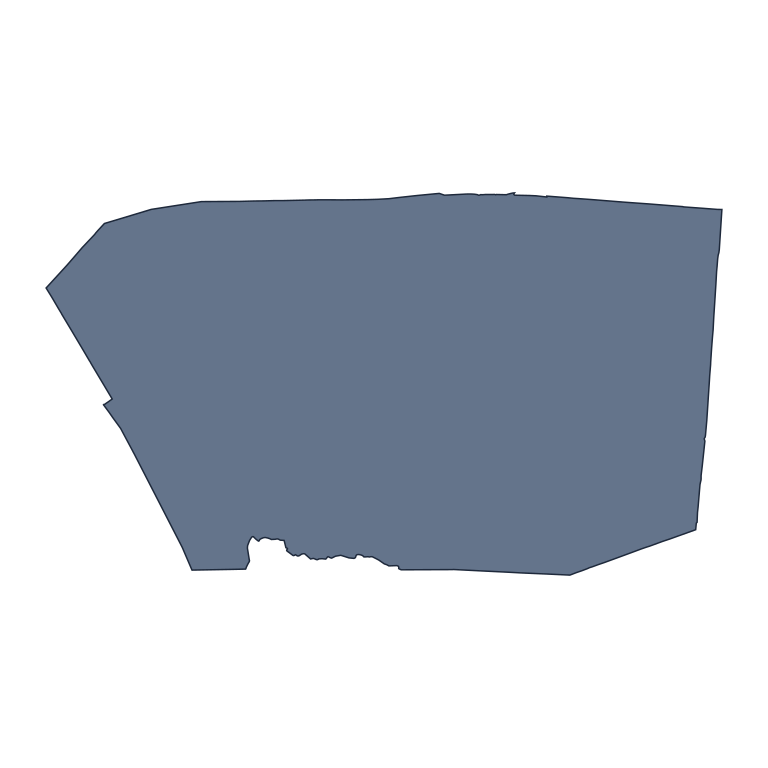 Melchor Ocampo, Nuevo León, Mexico (orthographic projection)
{"feature_id": "50627088B70877597446889", "entity_name": "Melchor Ocampo", "entity_type": "district", "adm_level": 2, "iso_a3": "MEX", "parent_name": "Mexico", "parent_adm1": "Nuevo León", "projection": "orthographic", "projection_center": [-99.496, 26.046], "detail": "fine", "context": "isolated", "style": "filled", "palette": "slate", "viewbox_px": 768, "rotation_deg": 0, "n_neighbors": 0, "source": "geoboundaries", "source_scale": "gbopen_adm2", "svg_char_len": 3511}
<svg xmlns="http://www.w3.org/2000/svg" viewBox="0 0 768 768"><path d="M465.5,194.1L444.5,195.2L439.3,193.4L417.2,195.5L399.8,197.4L388.9,198.7L378.0,199.3L367.7,199.6L342.3,199.9L329.2,199.8L318.5,199.8L315.5,199.9L307.1,200.0L305.7,200.1L283.0,200.6L274.7,200.6L264.0,200.9L254.7,201.0L239.6,201.4L201.4,201.6L151.2,209.4L104.4,223.5L98.1,230.3L95.9,232.8L94.6,234.5L82.3,247.5L74.9,256.1L66.9,265.3L46.1,288.0L51.8,297.2L58.6,308.8L61.5,313.6L61.7,314.1L71.4,330.3L83.4,350.5L89.5,360.9L90.0,361.5L90.7,362.9L92.5,366.0L112.2,399.0L108.3,401.8L105.8,403.5L105.2,404.0L104.4,404.4L103.9,404.4L103.5,404.8L109.0,412.2L112.9,417.8L120.6,428.4L133.1,451.8L133.3,452.3L133.8,453.1L165.3,514.4L182.3,547.5L191.9,569.9L192.0,570.1L231.7,569.4L245.6,569.1L246.0,568.3L246.3,567.3L247.5,564.8L248.7,562.5L249.1,562.0L249.5,560.8L249.2,559.3L247.4,548.1L247.6,545.6L248.4,543.5L249.6,540.4L251.1,538.0L252.1,536.8L252.8,536.6L253.4,536.7L254.0,537.3L255.6,538.9L257.7,540.6L258.5,541.1L258.9,541.0L259.3,540.6L259.5,539.9L260.0,539.3L260.9,538.8L261.7,538.4L263.2,537.8L264.2,537.6L265.2,537.5L266.2,537.7L267.7,538.0L268.9,538.4L270.0,538.8L271.4,539.5L272.7,539.4L275.1,539.3L277.1,538.9L278.6,539.2L279.7,539.9L280.5,540.2L284.1,540.4L285.3,545.2L285.9,547.7L286.8,548.1L287.4,548.4L287.5,548.7L287.4,549.1L286.7,550.0L286.7,550.6L287.2,551.2L288.9,552.4L292.9,555.4L293.6,555.6L294.6,555.3L295.3,554.7L295.8,554.9L297.3,555.9L298.2,556.0L299.3,555.7L301.5,554.2L302.9,553.8L304.0,553.7L304.8,553.9L310.6,559.0L312.8,558.5L313.8,558.5L315.4,559.2L316.4,559.6L317.3,559.7L318.3,559.3L319.0,558.9L322.0,558.7L323.9,558.9L324.8,559.0L325.6,559.1L326.0,558.9L326.7,558.0L327.5,557.0L327.9,556.7L328.3,556.7L329.8,557.5L331.3,558.1L331.9,558.0L335.5,556.2L340.8,555.3L349.0,557.9L354.0,558.4L355.3,557.7L355.6,557.1L356.2,555.3L357.0,554.7L358.4,554.5L360.0,554.7L361.4,555.1L362.6,555.6L363.9,556.9L365.5,556.9L366.8,556.8L368.1,556.7L369.2,557.0L370.8,556.7L372.2,556.7L375.6,558.4L378.7,560.0L384.3,563.9L386.7,564.7L388.9,565.9L396.8,565.6L397.4,565.8L398.0,566.0L398.5,566.6L398.8,567.2L398.7,568.0L398.7,568.5L399.1,568.9L401.2,569.8L452.3,569.6L453.4,569.5L457.3,569.7L487.3,571.2L507.9,572.2L520.8,572.9L536.9,573.6L546.5,574.0L569.9,575.1L576.4,572.6L581.7,570.8L587.5,568.6L589.4,567.7L592.3,566.8L598.6,564.5L604.2,562.6L611.0,560.1L617.3,557.8L632.0,552.4L641.4,548.9L646.3,547.2L649.5,546.2L662.6,541.4L669.8,539.0L695.7,529.7L696.3,523.1L697.1,522.3L697.2,519.6L697.5,512.5L698.1,507.0L700.0,484.5L700.7,481.3L701.0,480.1L701.1,478.8L701.1,476.9L701.1,475.6L702.3,465.5L704.9,441.1L704.2,438.9L704.3,438.5L704.7,437.8L705.2,437.0L705.5,435.1L706.8,420.4L707.5,409.8L708.2,399.0L709.4,380.9L709.7,375.7L710.6,364.8L710.7,362.0L711.6,348.4L712.5,336.8L713.1,330.1L713.8,316.7L714.6,304.5L715.9,284.2L716.6,271.5L717.1,266.3L717.7,258.6L718.2,255.1L718.9,252.6L719.3,249.6L721.9,209.5L717.3,209.4L703.0,208.3L683.7,206.9L682.6,206.6L669.9,205.6L649.9,204.0L624.7,202.2L592.2,199.6L578.4,198.6L573.5,198.3L567.5,197.7L546.8,196.1L546.8,197.0L536.0,195.8L529.3,195.5L524.4,195.4L514.6,195.2L514.1,194.7L513.8,194.4L513.9,194.0L514.2,193.3L514.5,192.9L512.9,193.0L510.6,193.5L507.9,194.2L506.5,194.7L505.2,194.7L496.4,194.5L495.6,194.8L494.9,194.5L494.0,194.4L493.3,194.5L491.9,194.5L487.6,194.5L485.3,194.5L482.9,194.7L481.7,194.7L480.7,194.6L479.8,195.0L479.3,195.2L478.8,195.3L477.9,194.9L477.2,194.6L474.4,194.2L470.7,194.0L468.2,194.0L465.5,194.1Z" fill="#64748b" stroke="#1e293b" stroke-width="1.5"/></svg>